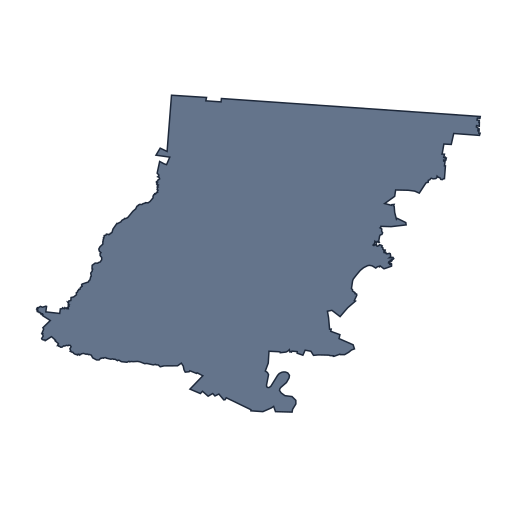 Balancán, Tabasco, Mexico, rotated 274°
{"feature_id": "50627088B87279423420052", "entity_name": "Balancán", "entity_type": "district", "adm_level": 2, "iso_a3": "MEX", "parent_name": "Mexico", "parent_adm1": "Tabasco", "projection": "equal_earth", "projection_center": [-91.389, 17.796], "detail": "fine", "context": "isolated", "style": "filled", "palette": "slate", "viewbox_px": 512, "rotation_deg": 274, "n_neighbors": 0, "source": "geoboundaries", "source_scale": "gbopen_adm2", "svg_char_len": 6044}
<svg xmlns="http://www.w3.org/2000/svg" viewBox="0 0 512 512"><g transform="rotate(274 256 256)"><path d="M118.6,199.4L114.9,210.1L117.3,212.1L112.8,218.0L115.8,222.4L113.5,224.8L115.7,228.6L110.2,233.9L110.5,235.2L112.5,236.2L102.3,261.7L101.2,261.7L101.2,273.7L105.5,281.9L107.2,284.1L102.1,286.3L102.8,302.9L105.6,303.2L111.2,306.1L114.8,305.8L118.3,301.7L118.7,294.6L121.2,290.6L123.6,288.8L125.4,289.1L126.7,290.0L131.9,295.2L136.7,297.5L139.3,297.7L141.6,295.8L142.3,293.6L142.3,291.9L141.9,290.0L140.4,287.4L138.5,285.9L127.1,279.9L125.7,278.2L125.6,277.0L126.3,275.8L128.0,275.5L138.5,276.8L140.6,275.5L141.9,273.3L150.0,275.7L161.9,275.6L162.1,285.8L161.8,286.9L161.2,287.0L162.3,292.7L163.5,294.6L164.9,295.8L162.6,296.6L162.9,297.1L162.6,298.1L163.6,298.5L163.5,303.8L161.9,303.8L160.3,309.7L165.5,311.6L164.8,317.4L160.9,320.3L161.7,325.1L162.2,335.7L161.8,336.7L161.9,340.1L161.3,340.2L161.4,340.9L163.9,346.5L163.5,346.9L163.8,351.3L166.5,355.3L168.9,357.8L170.2,360.7L174.2,359.1L179.4,344.6L183.4,345.2L186.1,335.8L188.3,336.1L188.1,334.5L199.5,332.7L205.9,331.1L207.1,335.5L201.4,344.1L210.8,351.1L218.0,358.4L218.4,357.2L223.9,359.3L225.1,359.0L225.3,357.4L226.4,357.3L227.8,354.7L229.0,354.7L230.2,353.5L237.9,354.1L239.7,354.6L243.8,357.3L248.9,361.0L251.9,364.2L254.2,368.1L254.6,370.0L254.3,372.6L252.3,376.3L253.8,377.9L254.2,379.3L253.8,380.0L254.8,380.5L252.2,384.4L252.3,385.0L255.3,391.9L256.7,391.9L256.9,390.8L257.8,391.4L257.9,390.7L257.4,390.1L258.2,390.2L257.9,389.4L258.6,388.1L258.6,388.7L259.4,388.9L259.2,390.0L259.5,389.6L260.5,390.1L260.0,391.2L260.4,391.5L261.1,391.0L261.1,392.0L262.1,391.7L262.3,393.0L263.0,393.6L264.2,392.7L263.6,389.2L264.8,390.5L267.6,389.8L268.0,389.0L267.3,386.5L267.4,385.8L268.5,385.3L268.2,384.7L268.4,383.4L269.5,383.3L269.6,384.3L270.9,384.5L270.7,382.5L271.1,383.1L271.5,382.1L272.9,382.1L273.8,380.6L274.9,381.2L275.5,380.2L275.9,378.3L275.1,378.1L274.2,376.3L274.9,375.2L275.7,375.4L276.2,375.0L276.0,374.2L274.6,372.9L275.1,372.0L276.8,373.4L279.0,373.6L277.6,375.3L279.0,375.9L278.0,377.7L278.3,378.1L279.3,377.4L284.4,377.9L285.7,378.5L286.3,380.1L288.0,380.7L289.5,379.6L291.7,379.6L292.7,377.8L293.3,378.5L294.3,378.5L294.7,388.8L297.5,403.6L299.8,403.1L303.3,394.5L303.4,394.1L302.5,393.5L309.2,391.3L315.1,390.4L315.6,389.8L317.1,390.2L316.7,387.9L316.0,387.8L317.3,380.7L325.2,390.2L331.6,390.7L332.2,403.3L331.8,409.8L330.1,414.5L340.5,420.3L341.1,420.9L341.5,422.6L343.5,422.6L344.2,424.1L345.4,424.8L345.8,425.4L345.3,427.3L345.8,430.0L346.9,431.0L348.3,431.1L347.3,432.3L346.8,434.1L345.3,435.0L345.2,436.6L346.3,437.8L346.3,438.6L359.1,438.7L359.1,437.7L363.8,438.0L363.8,436.6L364.8,436.5L364.9,438.7L367.0,439.0L366.8,437.9L367.8,437.9L367.5,436.4L370.7,436.9L370.7,434.4L371.6,434.7L371.7,435.2L371.8,434.7L380.8,435.6L380.9,443.0L392.0,444.7L391.9,470.5L394.1,471.0L394.1,469.7L396.0,469.8L396.3,468.6L397.9,468.7L397.4,469.8L398.4,469.8L400.1,466.8L401.5,466.9L401.0,469.7L405.0,469.5L405.0,469.0L406.9,469.3L407.0,467.0L409.0,467.2L409.0,469.8L410.8,470.0L410.7,210.5L407.3,210.4L407.3,195.1L410.7,195.6L410.5,160.5L354.1,160.0L356.9,152.9L349.6,149.2L348.6,163.1L340.9,160.4L341.5,158.0L343.6,153.3L331.7,151.6L330.1,153.4L329.2,153.4L328.2,152.4L327.7,153.9L326.2,154.5L324.9,152.8L324.1,152.8L323.2,151.5L322.2,151.6L322.1,152.6L320.7,152.0L320.0,153.6L318.9,152.6L318.0,153.6L317.4,152.7L315.7,153.1L315.3,152.8L314.8,153.7L313.5,153.0L312.6,153.4L312.1,152.1L311.1,151.6L311.1,150.8L310.7,151.0L309.9,149.7L308.4,149.1L306.9,149.3L303.0,146.5L301.5,144.6L301.5,141.9L300.9,141.6L300.4,139.7L299.4,138.6L299.4,136.4L298.6,135.1L298.2,135.1L297.3,133.7L294.6,132.7L292.1,130.1L285.3,125.3L284.2,123.2L284.3,122.2L283.6,121.9L282.3,119.8L280.6,118.8L278.6,115.4L278.8,115.0L273.0,111.5L269.5,110.7L268.5,109.6L268.5,109.1L267.4,108.5L267.0,107.7L267.3,107.3L267.4,105.2L266.3,104.8L265.8,103.1L264.3,103.2L263.4,102.5L262.8,102.9L261.2,102.3L260.4,102.6L259.8,102.2L257.2,102.4L254.3,99.7L252.0,98.7L250.0,99.3L248.5,101.1L247.7,100.3L245.5,100.5L243.7,102.2L241.4,102.3L239.1,100.9L238.5,99.3L237.8,98.6L237.7,96.0L235.3,93.2L232.1,93.3L231.6,93.9L231.3,93.5L229.6,93.7L227.4,92.3L224.4,93.1L223.7,92.5L220.5,92.0L219.9,91.2L218.4,90.6L215.9,84.5L215.0,84.0L213.7,84.7L212.3,83.0L210.5,82.7L210.3,81.4L209.3,81.3L208.7,80.5L207.5,80.4L206.8,79.3L204.8,79.6L202.4,76.9L201.7,74.4L198.7,74.4L198.0,72.3L196.5,72.3L196.8,71.4L195.4,72.3L194.4,72.1L194.2,72.9L193.6,72.3L192.9,73.0L192.3,72.2L191.6,72.3L191.8,71.8L191.5,71.6L190.3,72.3L190.3,71.1L191.3,71.2L190.5,70.0L191.2,68.9L190.0,68.3L190.9,66.7L189.8,66.1L189.6,64.5L185.0,64.2L185.6,50.2L191.1,50.6L191.3,49.9L190.0,46.6L190.7,44.4L189.6,43.2L189.2,41.5L188.0,41.0L188.0,41.9L187.3,41.6L186.6,42.2L186.2,42.0L186.4,41.4L185.3,41.7L185.0,43.2L184.5,43.6L184.7,44.3L183.3,45.4L183.7,45.6L183.4,45.9L183.5,47.0L182.7,47.5L182.3,46.8L181.6,47.4L177.3,55.3L169.6,48.4L168.3,49.3L164.5,48.0L163.9,48.6L163.5,47.8L162.2,49.0L161.0,49.2L158.8,47.9L157.9,48.4L157.4,49.8L157.5,51.2L156.8,51.6L161.3,57.6L158.0,61.9L157.4,61.5L154.8,65.0L152.8,64.2L152.9,65.2L152.2,65.6L152.1,66.6L151.4,67.3L151.5,68.8L153.0,70.5L152.8,71.5L153.7,73.1L153.4,74.7L153.9,75.1L153.9,76.9L152.6,77.9L150.4,76.8L148.6,77.8L148.0,77.3L147.2,79.2L147.2,80.1L146.2,80.9L145.3,82.6L145.3,84.0L144.7,84.6L145.5,85.2L145.0,86.4L145.6,86.3L145.3,87.9L146.3,88.6L146.8,90.9L146.1,93.4L146.5,94.3L145.9,95.9L146.2,96.3L145.6,98.6L143.0,100.2L141.2,104.2L141.4,106.8L143.1,108.1L143.1,109.0L143.6,109.6L143.4,111.0L144.0,111.5L143.9,112.6L144.2,113.2L143.6,114.0L142.9,118.4L143.4,120.3L143.0,121.2L143.2,122.6L141.9,125.1L142.5,125.8L142.4,126.9L141.2,129.0L141.0,134.7L142.1,136.6L141.6,137.3L142.1,139.1L142.0,140.7L142.6,145.3L142.3,147.8L140.8,152.5L141.2,154.6L140.2,161.1L140.9,163.4L140.5,163.8L140.5,166.1L138.8,168.2L140.0,172.0L141.0,185.4L143.9,189.0L141.1,191.1L137.5,192.1L135.2,193.5L135.9,197.4L136.9,198.0L134.7,204.9L135.4,205.4L132.8,211.3L118.6,199.4Z" fill="#64748b" stroke="#1e293b" stroke-width="1.5"/></g></svg>